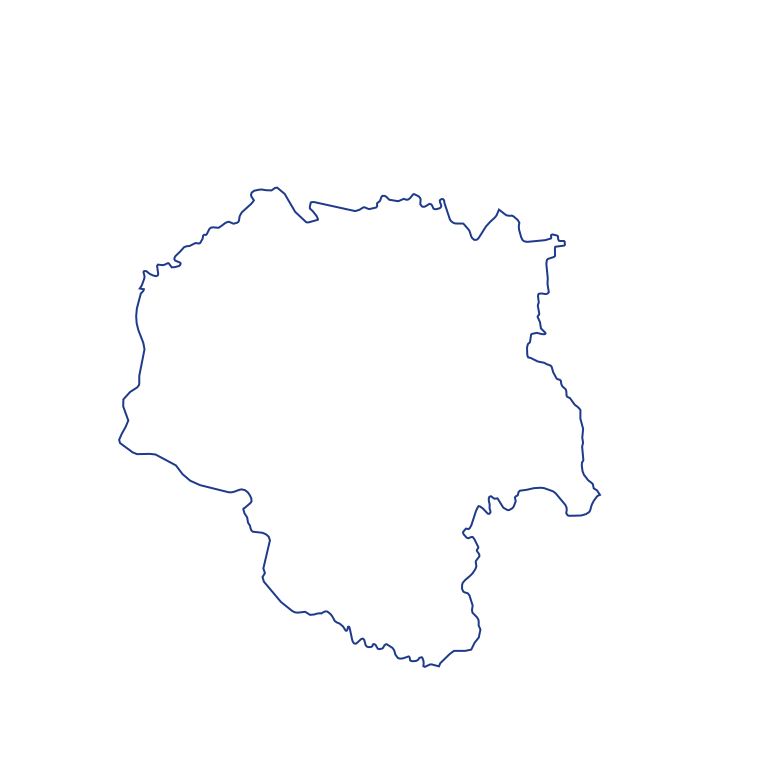 Kharkiv, Albers equal-area conic projection, rotated 225°
{"feature_id": "UKR-328", "entity_name": "Kharkiv", "entity_type": "Region", "adm_level": 1, "iso_a3": "UKR", "parent_name": "Ukraine", "parent_adm1": "", "projection": "albers", "projection_center": [36.315, 49.479], "detail": "fine", "context": "isolated", "style": "outline", "palette": "blue", "viewbox_px": 768, "rotation_deg": 225, "n_neighbors": 0, "source": "natural_earth", "source_scale": "10m", "svg_char_len": 6166}
<svg xmlns="http://www.w3.org/2000/svg" viewBox="0 0 768 768"><g transform="rotate(225 384 384)"><path d="M528.8,155.6L531.8,157.2L534.2,163.3L536.4,171.1L539.0,177.4L552.5,183.7L557.4,188.8L557.9,198.8L556.1,207.1L556.4,209.7L557.4,211.3L562.8,216.7L577.9,239.2L583.5,243.0L595.8,248.4L601.9,252.1L607.2,256.7L612.1,262.6L617.2,271.3L619.9,276.0L620.0,279.7L620.8,281.2L624.2,278.8L625.0,282.5L628.0,288.9L629.4,290.8L633.1,293.0L633.5,293.7L633.3,294.4L631.9,295.7L627.6,296.2L624.6,297.2L621.9,298.7L621.1,299.6L620.8,300.9L621.4,302.1L628.0,307.1L628.3,308.5L624.4,311.7L623.5,313.2L622.2,316.8L621.2,317.1L616.6,316.4L614.5,318.8L612.3,322.7L612.3,323.7L612.7,325.0L613.3,325.6L614.1,325.6L619.0,323.6L620.6,324.1L621.4,325.2L621.9,326.9L621.8,333.6L622.1,339.3L621.0,341.8L619.1,344.1L617.3,349.5L616.6,350.7L614.1,352.6L613.7,353.8L615.0,358.5L616.8,361.0L616.7,362.4L615.3,363.5L615.3,364.7L617.1,370.2L617.0,372.1L615.5,374.1L611.8,377.1L611.3,378.0L610.6,381.6L610.1,385.5L609.2,387.9L608.3,389.1L603.8,390.9L602.0,393.9L601.6,395.7L602.1,397.0L604.6,400.4L605.6,403.4L605.9,405.1L605.3,417.2L605.5,420.1L605.9,421.9L610.4,422.8L611.8,423.7L612.9,425.8L612.5,428.7L610.2,432.4L608.2,434.9L604.1,437.9L600.4,441.4L599.7,445.6L598.4,447.3L588.7,448.2L568.5,442.9L553.5,443.4L552.6,443.9L551.7,444.8L546.9,453.3L547.1,453.8L550.4,455.1L556.3,455.8L560.5,455.7L561.6,456.7L563.7,459.9L564.1,460.6L563.6,461.6L562.4,463.0L527.1,485.6L526.4,486.3L524.5,489.9L523.7,493.5L523.3,494.5L522.5,495.3L518.7,496.8L517.9,497.6L514.4,503.1L514.5,504.7L516.7,507.0L516.3,510.7L518.0,514.2L518.2,515.8L516.7,517.4L514.9,518.0L510.6,518.0L503.6,523.0L503.0,523.7L501.0,528.8L498.2,530.3L497.3,531.7L497.0,533.9L497.5,538.8L496.9,539.6L492.2,541.2L490.1,541.1L488.6,540.4L485.5,536.8L482.9,536.4L482.1,536.6L480.7,538.0L480.1,539.7L479.4,543.0L478.9,543.8L478.0,544.3L476.5,544.3L472.9,543.0L471.9,543.4L471.0,544.2L469.2,547.0L468.7,548.7L469.1,550.0L469.9,550.8L473.3,552.3L474.4,553.4L474.2,555.2L472.9,556.5L471.4,556.3L469.0,554.6L453.8,547.0L451.8,546.6L449.3,546.9L447.1,547.9L441.6,553.3L440.8,553.5L433.3,553.0L431.4,552.5L426.6,550.0L424.7,549.5L422.0,549.8L420.6,551.4L420.2,552.4L420.3,554.3L423.3,567.5L423.6,573.7L423.3,580.3L423.7,583.0L426.0,588.6L416.8,589.8L413.9,591.9L412.7,593.4L411.1,594.1L405.4,594.5L402.4,593.8L400.1,590.7L397.6,588.6L390.6,584.7L388.0,583.8L385.8,584.0L383.2,585.8L371.8,599.6L368.9,604.9L369.1,605.6L371.0,607.2L371.1,607.9L370.6,608.9L366.5,611.4L365.4,611.4L363.6,609.8L361.8,609.0L361.1,609.2L357.8,612.4L356.9,612.4L354.6,610.4L354.4,609.8L354.6,609.1L359.9,602.2L359.3,601.0L353.6,595.5L353.7,593.9L356.5,588.4L356.5,586.8L354.1,583.7L342.8,574.4L339.1,570.3L332.3,565.4L332.3,563.7L333.1,562.0L336.8,559.3L338.3,557.2L338.1,556.2L337.2,555.0L332.1,551.0L331.2,548.9L330.3,547.9L324.0,543.6L323.3,542.4L323.4,541.4L322.9,540.1L317.4,538.0L312.3,534.3L306.3,534.3L305.5,533.9L305.4,533.3L305.8,532.6L307.5,531.0L312.1,528.2L314.5,524.6L315.0,523.1L310.5,517.0L310.3,516.2L310.5,514.3L309.8,512.7L308.4,510.7L304.2,506.7L302.2,505.2L300.8,504.8L298.8,506.1L291.3,508.6L285.5,512.4L283.1,513.0L279.3,514.8L277.6,514.7L272.8,512.0L266.2,510.0L265.0,510.0L262.7,511.3L261.2,511.3L258.7,509.4L256.5,508.5L251.8,508.7L250.0,507.8L246.6,504.8L245.6,504.5L242.5,505.5L234.5,504.2L230.5,504.8L227.2,504.6L226.3,504.1L220.7,498.4L211.5,493.1L205.9,486.3L201.7,483.2L199.6,479.8L189.5,471.4L189.0,470.7L188.4,468.4L186.4,466.1L181.9,462.7L178.5,461.2L171.6,460.3L167.1,460.9L165.4,460.8L161.9,458.5L158.3,459.4L152.9,458.3L153.6,456.8L153.9,455.0L153.0,449.5L151.7,445.5L148.7,440.1L148.4,438.2L149.2,434.7L151.7,430.3L159.9,421.7L161.3,421.0L163.8,421.5L165.6,424.0L167.4,425.6L170.1,426.7L185.4,428.1L188.7,427.6L197.1,423.6L199.6,421.7L204.3,416.4L208.5,409.8L212.5,404.6L212.4,402.6L210.8,400.1L210.9,399.0L211.4,397.8L211.2,396.3L208.0,394.3L205.8,389.4L205.4,388.0L205.5,386.4L206.4,383.3L207.5,382.2L212.2,380.9L222.8,383.4L224.9,380.9L229.0,380.3L229.7,378.8L229.1,377.3L227.5,375.7L224.2,373.6L221.5,370.8L218.5,369.1L217.9,368.3L217.7,366.7L218.9,365.7L226.2,365.9L229.4,365.3L230.8,364.5L230.4,362.6L229.2,359.3L222.4,346.0L221.5,342.9L221.5,341.3L223.8,339.7L223.5,335.7L223.2,334.9L221.4,334.0L216.6,333.8L215.3,334.6L214.2,337.3L213.2,338.5L210.4,338.2L201.9,335.3L201.4,334.6L201.0,332.4L200.5,331.7L196.2,330.9L194.7,329.6L193.9,324.0L193.4,323.1L189.7,320.3L188.5,317.7L187.5,312.7L187.5,309.1L188.0,302.4L187.7,299.0L186.5,296.9L183.9,294.3L181.2,293.3L179.6,293.7L176.9,295.2L174.2,295.0L164.6,290.0L161.9,286.3L159.8,284.9L153.4,284.8L150.6,284.1L148.6,282.6L146.5,280.3L142.1,278.5L137.7,271.7L137.0,265.2L134.5,257.9L137.8,252.8L145.8,244.8L146.6,239.6L146.8,226.4L145.5,223.2L152.1,219.4L153.1,218.3L155.1,212.9L156.6,212.3L158.5,214.6L160.4,216.2L163.5,217.6L164.3,217.3L165.1,215.8L165.3,214.9L164.9,213.4L165.0,212.3L165.5,210.9L167.6,208.3L168.9,207.4L170.1,207.1L172.3,208.6L173.4,209.0L174.0,208.7L176.6,203.4L178.3,201.3L179.5,200.5L180.7,200.1L184.6,200.7L188.5,202.9L191.4,203.4L198.1,201.9L198.6,201.3L198.9,199.7L198.1,196.6L198.2,195.7L199.8,193.2L201.2,192.4L205.7,193.6L207.3,192.9L207.7,191.9L206.9,190.7L206.9,189.8L207.3,188.7L209.2,186.8L210.5,186.2L212.4,186.4L217.1,189.1L219.0,189.0L219.8,187.4L220.0,181.8L220.3,180.4L221.8,179.4L223.7,179.7L225.3,180.4L235.6,187.1L237.0,187.6L237.6,187.3L237.7,186.8L236.0,184.0L236.0,183.1L236.7,182.5L241.6,183.6L246.1,183.2L248.5,182.1L251.2,181.6L256.1,183.1L258.9,183.5L262.7,183.1L263.7,182.7L264.8,181.5L265.6,179.6L266.0,177.4L266.7,177.1L268.8,174.6L270.5,171.5L273.0,168.5L278.6,167.2L283.4,161.2L285.5,159.6L288.3,158.6L302.7,157.0L329.2,159.3L333.4,161.6L334.5,166.1L338.9,168.3L354.1,192.8L357.6,194.5L361.2,194.3L364.8,192.8L372.3,186.8L374.1,186.7L375.6,187.2L378.8,189.1L382.1,189.8L386.4,192.9L391.2,193.9L395.0,196.0L395.3,196.6L394.9,197.6L394.3,205.3L394.7,207.4L397.0,209.3L400.3,210.5L403.9,211.1L407.3,210.6L410.2,208.8L411.5,206.8L413.9,201.6L415.4,199.4L417.3,197.6L442.6,182.4L452.6,178.6L462.6,177.8L473.6,179.3L495.7,172.6L500.2,169.0L509.0,159.8L513.5,157.9L528.8,155.6Z" fill="none" stroke="#1e3a8a" stroke-width="2"/></g></svg>